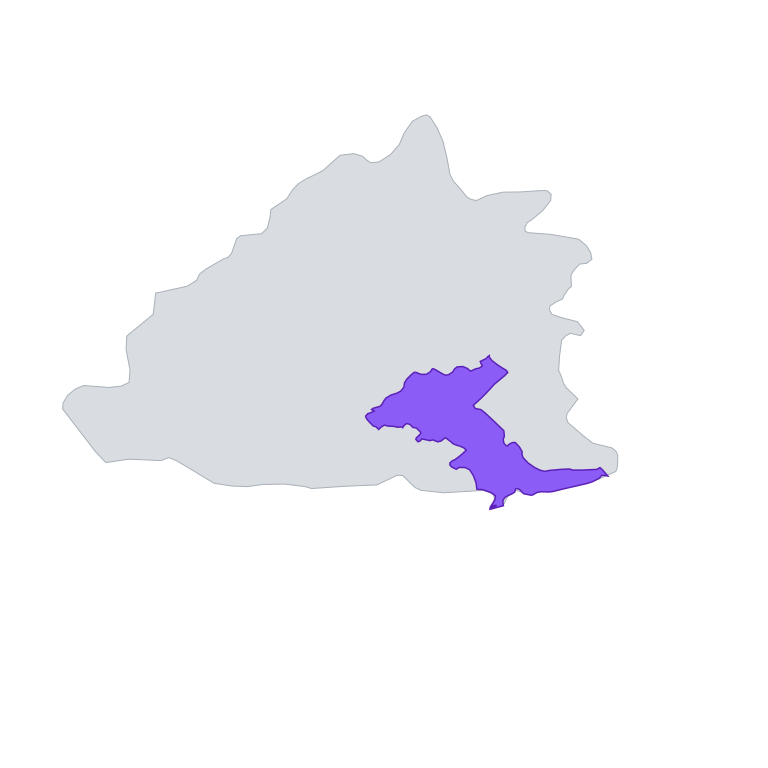 Herzegovina-Neretva highlighted on a map of Bosnia and Herzegovina, rotated 315°
{"feature_id": "BIH-2228", "entity_name": "Herzegovina-Neretva", "entity_type": "Canton", "adm_level": 1, "iso_a3": "BIH", "parent_name": "Bosnia and Herzegovina", "parent_adm1": "", "projection": "natural_earth1", "projection_center": [17.847, 43.217], "detail": "fine", "context": "in_parent", "style": "filled", "palette": "violet", "viewbox_px": 768, "rotation_deg": 315, "n_neighbors": 0, "source": "natural_earth", "source_scale": "10m", "svg_char_len": 4757}
<svg xmlns="http://www.w3.org/2000/svg" viewBox="0 0 768 768"><g transform="rotate(315 384 384)"><path d="M604.4,223.8L605.5,227.5L602.7,240.4L597.2,254.3L588.3,268.8L578.9,282.4L576.5,289.6L575.9,301.1L574.8,310.2L576.1,315.1L579.2,319.7L589.7,323.4L603.8,332.5L615.9,344.3L631.3,357.8L636.1,362.7L636.2,368.1L631.7,372.1L618.6,373.6L604.9,372.4L599.6,371.1L594.7,372.7L591.7,375.8L593.3,379.4L607.5,395.8L624.0,419.2L624.9,429.3L623.0,437.3L619.2,442.8L612.4,441.9L607.2,437.5L599.4,437.8L593.3,439.1L585.4,447.6L581.5,447.2L574.7,448.5L570.4,450.1L563.6,447.7L556.4,446.1L553.4,448.7L552.0,453.6L556.5,462.7L564.8,476.8L563.5,487.6L557.2,488.8L551.4,479.8L546.2,478.4L540.4,478.7L527.0,489.1L517.1,497.9L514.8,504.0L511.3,510.7L510.3,515.6L510.5,531.7L492.7,534.3L489.0,536.7L486.8,541.6L488.4,562.3L489.8,573.5L500.1,590.6L500.4,596.1L499.0,599.6L491.8,606.5L488.3,608.9L486.0,609.7L474.1,605.2L468.5,603.1L444.6,587.9L434.1,579.5L417.5,568.4L407.3,562.1L402.1,552.6L393.9,550.4L384.3,553.5L373.4,546.6L381.1,543.0L383.0,539.7L382.1,535.2L378.7,529.2L349.4,503.2L335.0,485.4L332.7,479.1L332.5,462.1L329.1,458.0L307.6,450.3L283.6,428.3L258.9,406.7L255.6,400.7L242.9,384.4L227.4,369.5L215.0,360.1L204.9,349.3L193.7,334.2L188.1,311.5L183.0,291.3L179.5,283.5L172.4,280.7L150.5,256.8L131.8,242.9L132.1,227.9L135.4,202.8L139.1,174.4L143.7,170.5L152.3,168.3L162.0,169.2L170.5,172.7L187.2,192.1L196.8,199.7L204.9,202.6L214.4,194.4L226.0,177.2L236.1,168.2L270.1,171.5L286.8,158.3L313.8,175.6L324.9,178.2L331.2,175.8L339.7,176.9L358.7,182.0L363.0,184.1L368.7,183.8L382.7,177.0L387.5,177.8L403.6,191.1L411.6,191.3L421.3,185.5L427.5,180.6L445.9,184.3L456.5,182.1L465.2,181.8L474.7,184.1L483.4,187.2L491.8,189.9L514.6,191.2L525.5,199.7L529.9,207.8L530.0,212.8L531.1,218.2L537.4,223.4L551.2,226.4L559.8,225.7L564.3,225.4L576.0,220.7L589.8,218.3L599.7,221.1L604.4,223.8Z" fill="#d9dde1" stroke="#a8b0b8" stroke-width="1"/><path d="M400.1,552.8L397.2,552.3L391.7,550.3L388.8,549.7L385.9,550.4L384.1,552.1L382.4,554.5L369.7,547.2L372.0,547.3L375.5,548.8L377.8,549.4L375.8,547.6L372.8,546.0L380.0,544.6L383.7,542.0L383.2,537.4L379.2,528.6L375.2,524.2L379.3,518.8L382.5,511.7L383.9,505.1L382.4,500.9L382.2,500.3L378.1,496.1L375.1,495.5L374.8,495.4L373.5,491.6L373.1,490.6L373.4,487.7L374.8,486.4L378.0,486.6L381.0,487.7L383.7,488.1L387.4,488.6L394.9,489.0L395.3,489.0L395.3,485.7L393.9,482.1L393.7,481.5L393.4,481.0L392.1,478.7L390.6,475.1L390.5,474.6L390.4,471.4L390.2,470.6L389.9,468.3L389.4,465.4L383.8,464.6L381.7,463.2L381.3,463.2L379.9,460.4L379.2,458.2L376.3,456.4L373.8,452.4L371.9,449.6L369.9,449.8L369.1,449.8L367.2,448.9L367.2,447.8L367.4,445.6L367.6,445.5L368.6,445.0L370.2,445.0L373.0,445.0L374.9,445.0L375.4,444.4L375.8,444.1L375.8,441.4L375.8,438.1L374.9,436.8L373.7,435.3L373.7,433.7L373.7,430.7L372.7,429.1L371.8,427.8L371.5,427.8L368.6,427.6L367.1,427.9L366.4,428.1L366.4,427.1L364.4,425.4L362.9,424.0L361.2,421.2L357.1,416.6L355.1,413.3L351.4,412.4L349.5,412.4L348.1,412.4L348.1,410.6L348.1,408.6L346.7,406.2L346.7,404.0L346.7,400.7L346.8,399.5L347.1,396.3L347.9,394.5L348.3,393.7L351.6,393.5L354.0,394.8L357.9,396.1L357.2,393.7L357.1,393.2L359.4,393.6L362.1,395.1L365.7,397.1L369.1,396.7L371.8,395.9L375.1,395.3L381.1,396.7L386.4,399.5L390.8,400.9L395.9,400.3L396.9,399.5L399.3,397.7L403.4,396.7L409.8,396.7L413.7,397.1L414.5,398.1L415.0,398.7L416.4,402.0L417.1,403.5L420.7,407.1L421.2,407.2L425.4,408.1L429.0,407.4L430.1,408.9L431.4,413.7L431.6,414.2L431.6,414.5L432.7,418.8L433.6,421.0L435.9,423.0L440.1,423.9L440.8,424.0L441.7,423.9L444.8,423.2L447.5,423.6L447.8,423.6L448.8,424.5L452.1,427.4L454.0,432.1L454.1,434.6L454.2,435.7L455.6,436.7L459.3,437.9L462.2,439.8L462.6,440.1L463.1,440.2L464.4,440.5L465.9,440.7L466.3,440.7L466.9,438.5L468.0,436.1L470.5,436.9L473.6,438.1L477.3,438.1L478.5,438.4L477.6,439.2L477.5,439.4L476.9,443.7L477.7,450.1L478.8,455.5L480.2,461.0L479.6,463.4L475.1,463.4L462.1,462.2L450.6,462.7L441.2,462.7L432.1,462.2L431.5,464.6L431.2,465.8L434.4,470.6L435.0,476.0L435.4,486.7L435.7,501.7L434.2,503.6L432.2,506.0L429.1,507.5L427.1,510.3L426.7,512.9L427.1,514.8L429.6,515.1L430.1,515.1L430.8,515.3L433.5,516.3L435.5,518.2L435.3,521.8L435.2,524.5L433.9,529.3L432.9,530.3L431.6,531.7L430.3,534.3L430.1,540.3L430.1,541.9L430.1,542.2L431.4,549.3L433.5,555.5L435.8,559.3L436.0,559.5L439.9,562.1L448.3,569.1L451.3,571.8L455.1,575.3L456.2,577.5L456.8,578.6L463.8,585.5L470.2,591.3L474.0,594.8L477.6,595.8L477.8,599.5L477.2,607.3L474.5,603.6L473.1,602.6L469.5,602.8L462.3,600.5L457.9,598.3L434.8,583.9L427.6,579.6L424.5,577.2L418.8,571.2L415.6,568.9L411.0,567.7L409.5,566.8L405.4,560.8L405.1,558.9L405.3,554.9L404.9,553.3L403.4,551.4L402.2,551.4L401.1,552.2L400.1,552.8Z" fill="#8b5cf6" stroke="#5b21b6" stroke-width="1.5"/></g></svg>